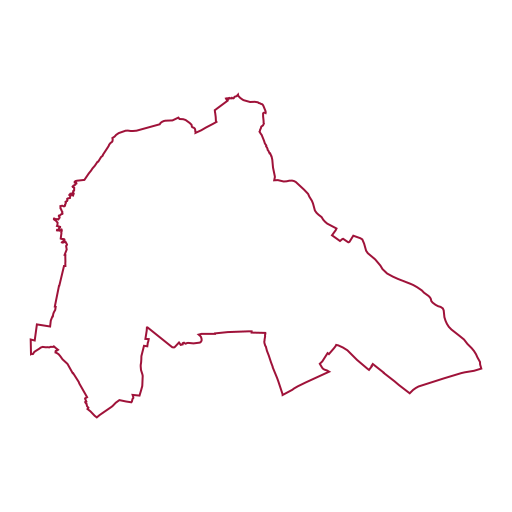 outline of Onesti, Bacau, Romania
{"feature_id": "2599482B34772359254641", "entity_name": "Onesti", "entity_type": "district", "adm_level": 2, "iso_a3": "ROU", "parent_name": "Romania", "parent_adm1": "Bacau", "projection": "orthographic", "projection_center": [26.773, 46.26], "detail": "fine", "context": "isolated", "style": "outline", "palette": "rose", "viewbox_px": 512, "rotation_deg": 0, "n_neighbors": 0, "source": "geoboundaries", "source_scale": "gbopen_adm2", "svg_char_len": 5913}
<svg xmlns="http://www.w3.org/2000/svg" viewBox="0 0 512 512"><path d="M199.9,342.6L201.1,341.6L201.6,340.4L201.6,339.1L201.1,337.2L200.4,336.1L198.7,334.6L201.4,333.9L215.0,333.9L215.0,333.4L227.7,332.1L249.3,331.3L251.6,331.3L251.6,332.6L265.3,332.9L265.4,333.7L265.0,335.0L265.1,336.4L264.6,339.3L264.5,340.7L264.3,341.4L264.4,342.9L265.2,345.6L265.9,346.7L266.9,350.7L268.8,355.6L271.0,362.3L272.7,366.8L272.7,367.3L277.1,378.0L278.3,381.3L282.5,394.0L282.6,395.0L292.3,389.8L294.0,388.5L297.8,386.3L305.8,382.4L329.1,371.7L327.1,370.5L324.4,369.6L323.1,368.8L322.2,367.8L319.8,363.8L322.3,361.4L327.6,353.1L328.9,354.1L334.0,348.2L335.6,346.1L336.2,344.9L338.3,345.4L342.9,347.5L347.4,350.3L357.0,359.9L367.4,368.7L369.0,369.9L371.8,366.3L371.5,366.0L372.8,364.0L383.8,372.7L383.7,372.9L394.4,381.2L399.0,385.1L409.7,393.3L413.1,389.9L415.8,388.0L418.5,386.5L443.8,378.4L461.3,373.1L464.8,372.3L474.0,370.8L481.3,368.6L480.1,364.4L480.0,362.0L477.4,357.3L476.0,354.2L474.0,351.0L471.7,348.2L467.4,343.9L464.0,339.5L459.3,335.7L451.4,329.5L448.8,326.8L446.9,323.8L445.5,320.7L444.4,317.2L443.7,310.4L442.8,308.4L440.6,306.9L438.1,306.2L435.5,304.8L432.6,302.6L431.3,301.0L430.8,298.9L430.1,297.6L428.6,296.0L424.0,292.7L421.8,290.4L417.1,287.2L413.4,285.1L411.4,284.2L398.1,279.0L392.8,276.6L387.1,273.5L382.5,269.1L380.4,265.6L375.2,259.4L367.8,253.2L366.1,250.7L364.1,243.6L362.3,239.4L360.3,238.2L353.3,235.7L349.5,241.8L348.6,242.3L348.1,242.2L343.1,238.8L342.3,239.1L340.0,241.0L332.0,235.3L335.7,230.2L336.5,228.5L327.2,223.6L325.0,221.7L323.2,219.7L321.6,217.1L318.5,214.7L316.5,212.8L314.9,210.5L313.0,203.5L311.9,200.8L309.3,196.6L308.1,193.9L304.1,189.7L295.8,182.0L294.1,181.1L292.1,180.6L289.3,180.7L286.6,181.3L283.7,181.5L277.8,180.1L274.2,180.3L274.9,177.0L274.8,176.2L273.0,167.5L272.3,159.8L271.5,156.2L271.1,155.9L271.0,155.3L270.1,153.3L269.6,153.4L268.4,150.8L267.6,149.8L267.5,148.8L267.0,147.6L266.1,146.4L266.3,145.5L264.9,143.5L264.0,140.7L261.6,134.8L261.0,134.1L259.5,131.7L259.9,131.0L260.1,129.8L260.8,128.4L261.3,126.6L263.0,125.4L263.9,123.5L263.6,122.7L263.6,121.1L263.1,116.4L263.1,113.4L263.6,112.8L265.1,112.7L265.6,113.0L265.7,112.6L265.6,111.7L265.4,110.8L263.7,106.6L263.1,105.3L262.3,104.3L260.5,103.7L259.8,103.2L258.7,103.0L257.9,102.3L254.7,101.8L250.1,102.0L243.7,100.2L242.7,99.7L240.2,97.9L238.2,95.8L238.0,94.6L236.6,96.2L235.1,96.6L234.5,96.9L233.7,98.2L233.2,98.4L232.7,98.3L231.9,97.8L231.3,98.4L230.5,98.2L230.0,98.4L229.3,97.9L229.0,98.0L229.3,98.4L227.7,99.4L227.7,98.9L227.4,98.9L226.9,98.3L226.0,98.5L226.4,99.3L227.6,100.7L214.8,110.2L215.0,112.2L215.2,113.1L215.7,117.0L215.9,120.8L216.5,121.9L213.1,123.8L206.0,127.5L201.2,130.3L195.5,132.9L195.6,131.9L195.5,131.4L195.3,131.3L195.2,129.8L194.8,128.6L193.9,127.8L192.3,127.2L191.9,126.7L191.5,124.7L189.6,122.9L185.6,120.0L183.2,119.2L179.5,119.0L178.4,117.6L172.5,120.4L165.5,120.7L163.9,121.0L162.1,121.8L160.6,122.9L159.7,124.3L136.5,130.7L132.9,131.0L130.7,131.0L127.9,130.6L125.6,130.7L118.7,133.1L116.1,134.9L114.6,136.6L112.4,138.0L112.7,139.8L112.4,141.3L112.0,141.9L110.5,143.0L109.2,144.6L108.8,145.7L107.9,147.2L102.9,154.8L102.8,155.5L102.5,155.9L101.1,157.0L98.2,161.7L97.5,161.8L94.8,165.8L92.5,168.4L91.0,170.7L88.8,173.4L84.4,179.9L77.1,180.7L75.4,181.1L74.6,182.0L74.7,182.5L75.8,182.4L76.3,182.9L76.4,183.4L76.0,183.5L75.3,184.7L73.5,185.6L72.6,186.6L72.9,187.1L73.9,187.4L74.2,187.7L74.1,190.5L73.7,191.0L73.3,191.0L73.0,192.3L72.4,193.2L73.7,193.5L73.6,194.1L73.2,194.7L73.1,195.5L72.3,195.3L70.9,193.7L70.5,193.7L70.3,194.3L69.7,194.4L69.3,195.0L70.3,196.0L70.3,196.5L69.9,197.4L69.9,198.0L67.8,198.4L67.2,198.8L67.1,199.0L67.4,199.8L67.4,200.4L67.1,201.0L66.4,201.2L65.5,202.0L65.9,202.5L65.9,202.8L65.4,204.1L65.0,204.6L65.1,205.5L65.0,205.8L64.0,206.4L62.2,205.7L60.4,206.1L60.5,208.5L61.2,209.4L61.4,210.3L62.2,211.7L62.4,212.0L62.1,212.8L62.5,213.6L62.4,213.9L61.3,214.2L60.0,215.3L58.9,215.6L58.8,216.0L59.6,217.2L59.6,217.6L59.4,218.0L58.9,218.5L58.5,219.3L58.2,219.5L57.9,219.2L57.4,219.1L55.3,219.1L54.4,218.5L54.0,218.5L53.9,218.8L53.9,219.3L54.3,219.7L55.8,220.6L57.6,222.7L57.4,224.9L57.0,226.0L59.1,226.5L59.4,226.8L60.1,226.9L60.1,227.3L59.9,227.6L59.1,228.1L59.0,228.8L58.8,229.3L58.5,229.7L57.1,229.8L57.0,230.4L57.4,230.5L58.0,230.3L59.5,230.7L60.7,230.1L61.3,229.4L61.6,229.5L61.8,230.5L61.6,231.5L61.2,232.2L61.4,232.8L61.4,233.4L60.7,238.6L61.4,238.9L63.9,239.1L64.3,239.3L64.5,239.8L64.4,240.2L62.0,242.2L61.9,242.4L62.4,242.6L62.9,242.6L65.5,241.8L67.0,244.5L66.7,245.3L66.1,246.0L66.7,249.5L64.6,254.9L65.4,255.1L65.3,256.0L65.4,261.9L65.3,263.2L65.4,266.0L64.0,266.0L59.3,285.7L59.0,285.8L54.8,306.6L55.7,306.8L55.2,309.9L53.8,312.4L53.2,314.1L52.9,316.2L52.8,316.5L52.4,316.5L50.8,320.5L50.1,326.5L36.9,324.4L34.7,340.5L30.7,339.5L31.0,354.2L31.6,353.9L32.3,354.1L33.1,353.9L33.9,352.4L35.0,351.4L39.3,348.7L40.7,347.6L42.6,346.9L45.8,347.3L47.6,347.2L49.3,347.4L50.3,346.9L53.5,346.9L53.9,346.4L56.2,348.4L58.0,349.8L57.2,350.4L55.8,350.9L55.6,351.1L55.5,352.5L56.4,352.8L58.6,354.2L60.3,356.2L62.5,359.3L67.5,363.9L72.7,373.2L73.1,373.1L78.7,381.9L79.3,383.5L87.1,397.2L85.1,398.4L85.1,398.8L86.3,401.5L85.2,402.1L85.6,402.9L86.2,403.7L86.5,403.7L87.0,406.1L88.4,407.8L87.5,409.0L90.4,411.3L94.7,415.8L96.8,417.4L99.8,414.9L111.6,406.8L112.7,405.9L115.8,402.7L119.4,400.1L126.1,401.5L131.3,402.3L131.9,401.5L132.5,399.0L133.3,398.0L133.3,397.2L132.6,394.9L139.5,395.6L141.0,390.6L142.2,386.3L142.3,385.3L142.7,375.9L142.4,374.4L141.0,370.0L140.7,366.5L140.7,365.0L141.1,362.5L141.3,359.6L141.4,356.1L144.0,345.8L147.3,346.3L147.8,342.7L148.2,341.7L148.7,339.1L145.4,338.9L146.7,330.7L146.9,327.5L147.5,327.4L172.2,347.2L173.3,347.4L174.2,347.4L174.8,347.0L179.0,342.5L180.7,344.9L182.7,344.4L182.6,343.4L183.0,343.0L184.0,342.7L184.4,343.1L185.7,343.7L187.1,343.0L188.3,342.9L193.5,343.4L199.9,342.6Z" fill="none" stroke="#9f1239" stroke-width="2"/></svg>